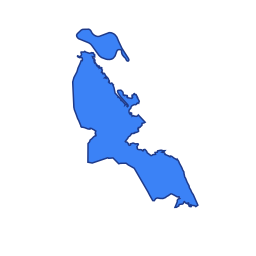 the district of Central 1 Mahe, Seychelles, rotated 318°
{"feature_id": "34574756B27990728867894", "entity_name": "Central 1 Mahe", "entity_type": "district", "adm_level": 2, "iso_a3": "SYC", "parent_name": "Seychelles", "parent_adm1": "", "projection": "equal_earth", "projection_center": [55.458, -4.627], "detail": "fine", "context": "isolated", "style": "filled", "palette": "blue", "viewbox_px": 256, "rotation_deg": 318, "n_neighbors": 0, "source": "geoboundaries", "source_scale": "gbopen_adm2", "svg_char_len": 5859}
<svg xmlns="http://www.w3.org/2000/svg" viewBox="0 0 256 256"><g transform="rotate(318 128 128)"><path d="M152.5,48.9L151.6,47.9L151.4,48.2L150.7,47.4L149.4,46.8L147.3,43.1L147.2,42.1L146.0,42.0L144.0,40.2L143.6,40.4L142.6,42.4L141.5,42.8L140.3,42.9L139.9,42.7L138.9,40.7L138.5,40.8L138.3,41.3L139.0,43.3L140.6,44.5L140.8,45.0L140.3,46.2L139.9,46.7L139.1,47.3L138.4,46.5L135.8,47.9L131.0,50.0L127.6,52.1L121.6,54.3L117.7,56.8L101.7,76.3L100.4,78.5L98.6,83.2L96.9,87.3L96.4,89.4L94.5,94.7L94.0,95.4L94.0,96.2L95.0,97.3L96.1,98.9L97.6,101.9L99.0,103.4L99.7,102.9L100.7,104.1L100.7,104.7L101.4,106.3L102.0,108.8L101.4,109.0L100.1,110.0L100.3,110.3L99.1,111.5L99.4,111.9L98.9,112.3L97.7,111.7L96.2,111.6L93.9,111.8L91.9,111.6L90.0,112.6L87.9,112.8L75.3,126.6L78.0,130.1L93.1,136.6L93.3,137.5L96.8,140.2L97.2,148.4L98.9,149.3L103.0,152.9L103.5,155.6L105.7,162.1L100.1,188.8L99.1,192.6L97.8,198.5L98.9,199.6L101.3,199.0L103.1,199.7L104.7,201.8L106.8,203.8L109.2,204.7L111.0,204.8L112.5,205.2L115.9,205.6L116.5,206.5L117.5,209.1L118.5,212.1L119.9,213.3L119.2,214.2L119.3,215.0L117.8,214.4L116.4,214.6L115.1,215.9L109.8,218.4L110.9,219.3L113.6,219.9L114.7,219.2L115.3,219.4L116.7,220.3L117.4,220.9L118.5,221.1L119.8,220.4L120.7,220.5L120.6,222.1L120.9,223.0L121.4,223.2L121.4,224.0L122.6,223.9L122.8,224.6L122.0,225.1L121.1,227.2L121.6,228.0L122.2,228.6L122.4,229.2L122.5,228.4L122.1,227.7L121.9,227.0L122.2,226.7L123.4,227.0L123.4,227.4L122.7,227.2L122.7,227.8L123.8,228.3L125.6,230.4L125.8,231.8L128.3,232.1L131.9,221.2L132.3,218.5L133.2,215.8L133.6,213.6L134.7,211.7L135.6,208.0L137.2,203.7L137.3,202.5L139.4,198.9L140.1,198.1L140.6,195.5L140.9,195.0L141.5,193.3L142.6,188.7L143.4,186.4L143.7,183.9L142.9,184.0L142.6,182.7L142.1,181.3L141.5,178.3L140.7,177.1L140.0,177.5L139.7,176.9L139.4,175.6L139.0,175.0L138.6,173.9L137.8,172.4L138.3,171.9L138.4,171.5L138.3,170.3L138.1,169.8L137.3,169.2L137.0,168.6L138.3,168.9L139.0,169.6L140.2,169.5L138.9,168.4L138.1,167.0L137.3,166.3L134.7,164.8L133.6,165.6L131.7,164.3L130.8,166.0L129.5,165.1L129.0,164.6L128.2,164.4L127.4,164.4L126.6,163.9L125.7,159.2L126.1,158.4L126.3,157.5L126.3,155.9L126.2,155.2L125.0,154.5L124.7,154.9L124.2,155.1L123.8,155.0L123.6,154.7L123.4,153.2L123.0,152.6L121.8,151.6L121.1,150.5L121.0,149.8L121.1,149.5L121.8,148.7L121.8,148.4L122.0,147.9L124.4,147.2L124.8,147.0L124.9,146.6L124.4,145.9L122.9,144.8L121.9,142.8L121.4,142.4L120.3,142.0L119.2,141.3L118.4,142.3L117.5,141.9L117.2,141.1L117.3,140.6L117.8,139.9L117.8,137.8L116.9,136.7L117.0,136.1L121.0,135.5L121.6,135.1L122.2,135.0L122.7,134.9L124.0,135.2L125.4,135.0L125.9,134.7L126.4,134.8L126.9,134.5L128.8,136.0L129.2,135.8L129.7,136.3L130.3,136.0L131.1,136.8L132.7,137.4L133.7,137.5L134.1,137.0L134.3,136.2L134.3,135.8L134.7,135.3L135.2,135.7L135.5,135.4L135.7,134.8L136.0,134.6L136.6,135.2L137.7,135.5L138.2,135.2L139.4,135.4L140.4,135.2L141.5,133.9L143.5,135.0L144.6,135.2L144.4,125.2L143.8,125.4L142.3,125.2L141.0,123.9L140.8,123.5L140.6,124.1L140.7,123.4L139.6,122.1L139.2,122.0L139.5,121.8L139.4,120.7L140.5,119.5L140.3,119.2L140.1,119.1L140.0,118.9L140.4,118.8L140.3,118.6L139.8,119.1L139.6,118.8L139.3,119.1L139.2,118.9L138.8,119.1L139.0,117.7L139.4,116.9L140.2,115.9L141.0,115.4L143.5,115.1L144.2,114.5L145.7,114.1L148.2,114.7L149.4,115.9L151.2,116.0L151.2,115.7L151.8,115.8L152.1,116.2L152.7,116.3L152.7,116.6L154.3,115.6L155.2,112.2L155.1,111.9L155.3,111.5L155.6,111.6L156.3,108.7L156.0,108.6L155.8,107.7L155.8,106.7L155.5,106.6L155.4,107.2L155.2,107.3L154.2,106.7L153.3,106.6L152.9,107.0L152.7,106.6L151.6,107.9L151.8,108.3L150.8,108.6L150.4,108.4L148.3,105.6L147.9,105.1L147.9,104.5L148.5,103.8L148.7,104.1L149.1,103.4L147.2,100.9L147.0,101.2L146.6,100.3L148.2,98.1L148.2,95.6L147.8,94.9L145.8,93.4L145.3,93.4L144.6,94.0L144.1,95.3L143.4,99.7L143.4,110.6L142.9,111.8L141.7,111.8L141.7,111.4L142.7,111.3L142.6,110.6L142.7,110.2L142.5,109.7L142.5,109.3L142.0,109.2L141.7,108.9L141.3,108.9L141.8,108.6L141.8,103.2L141.7,103.0L141.3,103.0L141.3,102.7L141.8,102.7L141.8,98.7L141.7,98.5L141.2,98.5L141.2,98.4L141.8,98.3L141.8,93.3L144.5,88.8L145.5,86.2L146.0,86.2L146.0,85.9L145.7,85.9L146.1,84.1L146.0,83.7L145.8,83.6L144.8,83.5L144.5,82.3L144.3,82.1L144.3,81.0L144.9,81.1L144.9,80.7L145.4,80.7L145.7,80.4L145.7,80.0L146.3,78.0L146.4,77.9L146.4,76.3L145.0,76.5L145.0,75.8L144.3,75.1L146.3,75.2L146.5,73.6L147.0,71.7L145.8,71.2L145.8,70.9L145.6,70.8L145.8,70.2L146.0,70.2L146.4,69.9L146.4,69.5L146.1,69.3L146.4,69.2L146.4,68.9L146.0,68.6L147.7,67.8L147.6,67.4L147.7,67.2L147.6,66.9L147.7,66.5L148.1,66.0L148.5,66.1L148.8,65.8L148.5,65.1L147.9,65.2L147.3,64.5L147.0,64.4L147.4,64.2L147.5,63.7L147.3,63.6L146.9,63.6L146.8,63.3L147.3,63.2L148.0,63.2L148.1,62.8L147.7,62.6L147.6,62.2L147.1,62.1L147.4,61.8L147.1,61.2L146.9,61.3L146.5,61.1L146.5,60.8L146.9,60.9L147.1,60.7L147.0,60.1L147.2,59.8L147.1,59.0L147.3,58.2L146.8,58.1L146.7,57.8L146.9,56.9L147.5,57.1L147.7,56.5L148.1,56.1L147.5,55.7L147.7,55.3L148.0,55.0L148.7,55.4L148.8,55.1L149.1,54.8L149.1,54.1L149.2,53.7L148.6,53.3L148.6,53.0L149.1,51.6L149.3,51.1L150.8,52.9L152.2,51.3L151.8,50.8L152.1,50.5L152.5,48.9ZM177.8,44.5L168.0,40.7L167.2,40.1L166.6,39.6L165.7,38.2L165.1,36.7L164.8,35.1L164.8,33.4L165.5,30.6L165.4,29.4L165.2,28.9L165.0,28.4L160.6,24.6L159.9,24.2L158.7,23.9L153.6,24.0L152.9,24.2L152.1,24.5L151.7,24.9L151.2,25.7L150.9,27.2L151.1,28.7L155.8,38.4L156.4,40.7L156.3,42.8L155.0,54.6L155.2,56.6L155.6,58.1L157.7,62.1L158.7,63.4L160.3,64.9L161.9,65.8L162.4,65.8L162.7,66.1L164.0,66.2L166.6,65.8L171.1,63.4L172.1,63.1L173.2,63.3L174.8,64.6L175.0,65.1L175.0,65.8L174.8,66.3L173.9,67.4L173.2,68.7L172.8,69.8L172.6,72.1L172.8,74.4L172.2,76.6L172.2,77.4L172.5,78.0L173.0,78.4L173.6,78.4L174.3,77.9L174.8,76.7L176.8,64.7L178.9,57.7L180.4,53.4L180.6,52.5L180.7,50.0L180.5,48.8L179.9,47.2L179.2,45.9L177.8,44.5Z" fill="#3b82f6" stroke="#1e3a8a" stroke-width="1.5"/></g></svg>